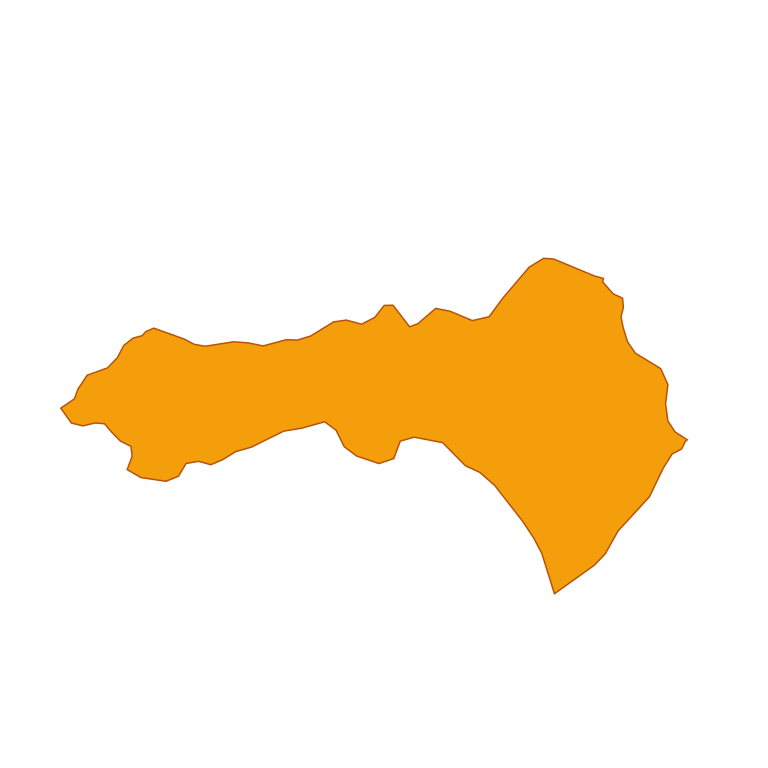 outline of Taichung City, rotated 194°
{"feature_id": "TWN-1174", "entity_name": "Taichung City", "entity_type": "Special Municipality", "adm_level": 1, "iso_a3": "TWN", "parent_name": "Taiwan", "parent_adm1": "", "projection": "robinson", "projection_center": [120.974, 24.233], "detail": "fine", "context": "isolated", "style": "filled", "palette": "amber", "viewbox_px": 768, "rotation_deg": 194, "n_neighbors": 0, "source": "natural_earth", "source_scale": "10m", "svg_char_len": 1350}
<svg xmlns="http://www.w3.org/2000/svg" viewBox="0 0 768 768"><g transform="rotate(194 384 384)"><path d="M76.2,403.2L77.7,401.3L79.5,392.9L87.4,386.0L92.7,369.8L99.2,338.7L121.4,297.9L128.2,272.8L136.2,258.9L167.9,221.7L189.8,257.7L201.1,270.4L216.1,284.2L252.0,312.3L269.7,321.4L285.2,324.4L312.9,341.3L341.9,339.7L354.4,332.5L356.5,314.0L369.6,305.6L393.1,307.5L407.5,313.6L419.4,327.6L432.4,333.0L453.4,321.1L469.9,314.0L497.5,290.6L511.5,282.5L522.4,271.4L532.5,263.8L545.2,264.1L556.8,259.0L561.1,244.8L570.0,238.3L571.9,236.9L597.1,234.4L603.8,236.3L612.5,238.8L610.9,252.9L614.4,262.2L626.1,264.9L636.6,271.4L645.5,277.8L654.8,276.3L666.2,270.5L677.9,270.5L691.8,282.4L680.8,294.7L679.7,305.2L674.1,320.8L656.1,332.8L649.0,345.3L645.9,358.3L638.6,367.8L630.5,372.3L627.6,377.4L620.9,382.5L589.0,379.3L577.8,376.6L566.6,377.4L540.1,388.6L525.2,391.1L510.5,391.7L489.4,403.4L478.8,405.6L466.8,412.8L447.9,432.1L436.0,436.9L420.2,436.6L409.0,446.5L402.8,460.3L394.4,462.6L373.0,445.7L365.8,450.6L352.1,469.9L337.7,470.6L313.6,466.9L298.3,474.7L289.5,496.1L271.4,532.5L259.5,544.6L249.5,546.3L206.6,539.8L196.5,539.5L196.5,535.9L183.4,526.9L173.3,525.0L170.3,516.4L170.2,506.4L165.5,496.4L157.8,483.7L147.5,474.7L119.1,465.8L108.4,452.1L106.0,432.9L99.6,416.8L90.1,408.0L76.2,403.2Z" fill="#f59e0b" stroke="#b45309" stroke-width="1.5"/></g></svg>